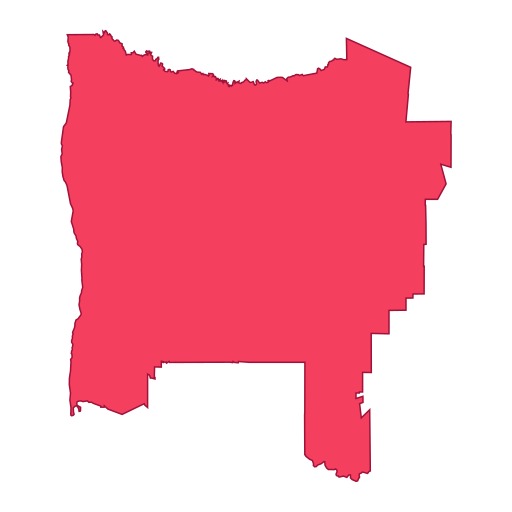 Colón, Córdoba, Argentina (Equal Earth projection)
{"feature_id": "61730980B91207709402211", "entity_name": "Colón", "entity_type": "district", "adm_level": 2, "iso_a3": "ARG", "parent_name": "Argentina", "parent_adm1": "Córdoba", "projection": "equal_earth", "projection_center": [-64.251, -31.181], "detail": "fine", "context": "isolated", "style": "filled", "palette": "rose", "viewbox_px": 512, "rotation_deg": 0, "n_neighbors": 0, "source": "geoboundaries", "source_scale": "gbopen_adm2", "svg_char_len": 5699}
<svg xmlns="http://www.w3.org/2000/svg" viewBox="0 0 512 512"><path d="M74.1,414.2L73.5,412.0L73.3,407.8L75.2,406.2L76.5,405.7L77.9,407.4L78.7,408.9L79.1,411.4L80.1,411.3L80.5,410.7L80.6,407.3L77.7,405.6L77.0,405.0L76.9,404.2L76.8,402.8L77.3,401.6L79.3,401.0L81.3,401.0L83.0,401.6L87.4,400.9L88.8,402.3L91.5,402.2L93.2,403.3L100.8,406.1L100.8,407.2L104.2,407.2L104.3,405.8L107.9,409.1L122.1,414.4L144.2,403.7L144.8,405.1L147.6,407.5L147.6,374.1L149.6,375.3L150.4,378.1L151.5,378.0L155.0,379.0L155.0,377.6L155.6,377.3L154.3,377.7L154.6,366.9L161.3,367.1L161.3,361.3L162.0,361.3L162.0,362.0L163.3,362.5L163.5,361.8L165.8,362.5L166.2,362.1L166.7,363.1L169.0,361.4L169.5,362.4L230.0,362.2L232.6,362.6L233.0,361.5L234.2,362.4L238.2,362.8L238.5,361.5L249.0,362.3L304.9,362.3L304.8,413.0L304.6,414.2L304.8,454.8L305.4,455.0L305.9,456.3L309.5,459.2L312.4,460.5L313.5,463.7L313.4,465.6L314.7,466.8L316.4,466.5L317.4,465.2L321.4,463.6L323.9,461.6L324.8,461.7L325.0,465.2L326.6,468.0L328.3,469.5L334.6,469.6L335.4,468.9L336.4,469.5L336.9,470.3L337.0,471.8L336.1,473.9L336.2,475.1L337.1,475.9L338.4,476.1L339.1,477.1L343.5,476.1L346.8,477.4L348.7,475.1L350.2,474.8L350.5,475.1L350.5,477.9L350.8,478.3L352.2,479.6L356.1,481.3L357.6,480.9L358.9,477.9L359.4,477.7L359.5,476.6L359.1,475.3L359.4,473.8L361.6,472.9L362.4,472.0L367.6,473.4L369.2,471.3L370.3,471.0L369.7,409.7L361.3,417.9L359.6,403.7L363.0,402.4L362.9,396.3L356.0,398.5L356.0,393.0L359.3,393.0L359.3,392.0L362.6,392.0L362.6,372.4L371.3,372.5L371.2,333.4L389.0,333.8L389.0,310.4L406.0,310.2L406.0,298.1L412.9,298.0L413.0,294.0L424.1,293.9L424.2,266.2L423.6,266.2L423.8,244.5L426.1,244.3L426.0,223.4L425.6,205.2L425.2,205.1L425.3,199.3L437.6,199.3L446.1,183.9L440.8,164.2L451.0,167.3L451.1,134.7L450.8,134.4L451.1,121.4L405.9,121.9L408.4,94.2L408.0,93.9L410.7,67.3L346.4,38.4L346.8,59.6L343.9,59.7L341.0,58.8L336.8,59.3L334.9,58.3L334.1,58.9L333.8,59.9L332.6,60.2L331.5,61.2L329.6,61.5L328.5,62.9L328.5,64.2L327.9,64.5L327.8,65.8L327.2,67.0L325.3,66.9L324.3,69.4L321.1,70.5L320.2,69.2L318.7,68.2L317.6,68.7L316.8,73.1L303.2,75.7L302.2,74.4L299.4,75.5L298.5,74.7L296.1,74.5L293.9,75.9L293.1,75.7L290.0,77.1L288.3,77.2L286.8,78.5L287.2,80.9L282.4,77.4L280.4,77.3L277.1,77.4L269.1,81.2L268.9,80.5L268.4,80.5L268.0,80.8L268.3,81.8L268.1,82.3L266.3,82.6L265.3,81.8L263.7,83.0L262.2,82.3L259.7,83.1L257.4,80.0L256.7,80.0L256.1,81.5L256.5,84.0L255.6,85.1L254.5,84.8L253.2,81.6L250.9,82.5L249.8,82.2L246.3,78.7L246.2,79.7L245.1,80.1L243.5,82.0L241.5,82.6L240.8,83.5L238.1,82.6L238.1,82.1L238.8,82.0L239.0,81.2L236.9,82.3L236.0,82.1L235.9,82.7L235.0,83.4L234.7,80.8L233.8,80.6L233.0,82.4L232.5,85.3L232.0,85.7L231.7,85.4L231.1,86.2L230.0,85.2L229.1,86.6L228.3,85.9L228.6,84.9L227.5,84.0L227.8,83.0L227.1,83.3L226.0,81.9L226.5,81.3L226.3,80.9L224.1,80.4L224.0,81.3L224.3,82.1L223.9,82.3L222.9,80.8L222.8,82.4L221.8,80.7L221.4,81.1L220.7,80.5L220.1,81.2L219.6,80.9L220.0,79.5L218.7,80.4L218.7,79.3L217.9,78.4L217.5,78.6L217.6,79.2L216.7,79.7L216.7,79.1L216.3,79.4L216.4,78.7L215.5,76.7L214.9,77.0L214.1,76.1L212.6,76.5L213.5,74.9L212.7,73.7L208.8,73.5L209.0,75.6L208.4,76.1L207.5,75.3L204.7,74.4L203.6,74.7L202.9,73.5L201.8,74.3L200.3,72.3L197.1,72.1L193.8,70.0L193.8,69.5L192.0,68.8L189.4,69.6L177.7,70.9L178.3,72.7L177.9,72.9L177.2,71.7L176.9,72.3L177.3,73.1L176.6,73.7L174.6,73.1L173.2,71.4L171.2,72.0L170.6,71.6L170.2,69.8L169.4,69.4L168.2,69.7L168.0,71.2L167.1,71.7L165.0,71.3L163.6,70.0L163.6,69.6L164.7,69.3L164.6,68.4L162.2,66.1L162.6,64.0L161.8,63.2L160.6,63.1L159.3,66.2L158.5,65.8L158.0,62.1L158.1,60.3L158.8,59.4L158.6,57.3L157.9,57.3L157.0,58.7L155.7,59.4L155.4,60.7L153.8,60.9L152.5,59.2L152.6,56.2L151.2,55.4L150.7,54.3L151.6,52.4L150.2,52.2L149.9,53.1L149.5,53.1L149.2,52.7L149.7,51.9L149.6,51.1L147.2,51.3L146.6,50.9L145.7,51.9L145.9,52.4L146.6,52.4L147.3,54.0L147.9,53.8L147.8,54.9L147.1,55.0L146.2,54.3L143.8,55.2L142.3,56.4L141.6,55.3L141.1,55.5L136.0,54.2L134.3,51.2L133.1,52.6L131.2,52.8L131.5,54.2L131.3,54.6L127.7,54.4L126.3,55.0L125.3,51.2L124.1,49.9L124.0,48.9L123.1,48.5L123.5,47.2L122.2,46.4L122.1,43.8L119.8,42.8L118.4,40.4L116.8,40.0L114.8,41.2L114.0,40.9L112.1,38.6L111.9,38.0L112.1,37.0L110.7,35.5L110.5,34.7L109.6,33.9L109.0,34.8L107.6,34.6L107.5,33.2L105.8,30.7L105.2,30.8L104.2,32.8L103.0,31.5L103.5,35.0L100.7,37.6L100.3,37.4L99.5,35.0L97.6,35.0L97.5,34.0L97.2,33.8L95.8,34.1L95.0,35.3L93.9,34.5L67.3,34.7L68.2,37.1L67.9,41.4L68.2,43.0L68.8,43.7L68.7,45.2L69.9,47.2L70.0,51.2L69.0,53.1L69.0,53.8L69.4,53.7L69.0,54.6L69.3,55.3L68.5,56.5L68.6,58.1L67.9,61.2L68.0,64.5L67.2,65.3L68.0,65.7L67.8,67.8L68.1,69.7L68.8,70.3L68.6,72.4L71.0,75.2L71.5,79.4L71.2,81.6L72.2,82.7L73.0,83.0L73.0,83.6L72.5,83.7L72.3,85.3L70.3,86.5L70.7,92.4L70.5,96.7L71.0,97.7L70.2,99.5L69.9,105.3L66.3,122.9L63.5,126.7L61.3,142.8L61.5,144.1L62.4,145.8L61.6,149.5L62.2,153.9L60.9,156.6L61.3,162.3L62.3,167.4L62.2,171.8L62.9,176.4L64.1,180.5L65.4,182.0L67.0,185.5L70.5,203.7L72.5,208.0L73.2,210.7L71.3,221.5L73.7,229.1L73.9,231.9L74.4,233.4L76.1,236.1L76.3,238.2L77.8,241.5L77.4,243.0L77.7,244.6L80.2,246.6L82.0,249.3L82.4,252.1L81.7,253.7L81.8,257.1L81.2,259.2L81.7,264.6L81.4,270.2L82.0,278.8L81.8,279.7L82.7,287.3L81.6,290.8L81.4,293.0L80.3,295.3L79.6,297.7L79.6,301.2L79.0,304.7L79.9,309.3L81.2,313.3L80.9,315.0L79.7,316.5L78.0,318.8L76.0,320.0L74.9,323.5L74.9,325.6L74.4,328.1L72.8,331.8L72.6,333.0L73.1,333.6L73.0,334.3L72.3,336.2L72.5,337.9L71.6,340.9L71.7,342.4L72.9,344.2L72.6,346.5L72.1,347.4L72.3,349.9L71.7,350.9L71.3,353.5L71.9,354.0L72.1,357.5L70.6,359.5L71.0,361.9L70.5,371.0L69.4,378.2L69.3,384.8L70.5,393.0L69.9,400.1L71.0,407.9L70.8,414.2L70.9,415.2L71.8,415.8L73.5,415.1L74.1,414.2Z" fill="#f43f5e" stroke="#9f1239" stroke-width="1.5"/></svg>